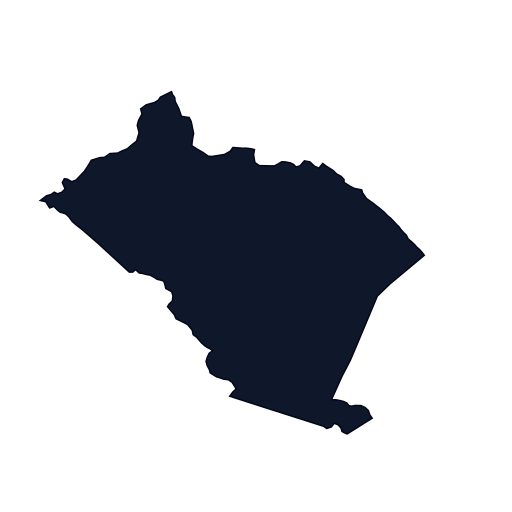 outline of São José de Piranhas, Paraíba, Brazil, rotated 43°
{"feature_id": "56859067B21073116856192", "entity_name": "São José de Piranhas", "entity_type": "district", "adm_level": 2, "iso_a3": "BRA", "parent_name": "Brazil", "parent_adm1": "Paraíba", "projection": "robinson", "projection_center": [-38.514, -7.094], "detail": "fine", "context": "isolated", "style": "filled", "palette": "ink", "viewbox_px": 512, "rotation_deg": 43, "n_neighbors": 0, "source": "geoboundaries", "source_scale": "gbopen_adm2", "svg_char_len": 2453}
<svg xmlns="http://www.w3.org/2000/svg" viewBox="0 0 512 512"><g transform="rotate(43 256 256)"><path d="M103.3,355.9L111.7,355.2L131.7,354.5L174.3,354.2L176.8,351.9L177.2,348.1L182.2,348.1L184.6,346.4L188.9,344.0L191.7,342.2L196.4,341.0L199.5,340.5L202.7,338.7L205.5,337.3L208.2,338.6L212.2,341.3L218.6,339.6L222.4,341.7L225.5,346.0L225.2,350.3L225.8,353.4L230.8,354.0L236.1,354.6L240.4,356.4L245.6,354.8L249.7,353.6L252.8,352.8L256.6,353.3L260.0,353.8L263.7,356.4L268.1,355.9L275.4,356.7L279.7,356.6L282.7,356.1L285.8,355.2L288.8,354.7L288.1,359.2L289.4,363.2L291.3,367.1L295.0,369.4L299.8,371.1L302.2,372.7L306.0,372.0L309.4,371.3L313.0,369.6L316.2,368.2L320.3,365.3L324.6,364.7L328.1,365.6L332.1,366.7L331.8,371.5L332.4,376.5L369.2,359.2L421.7,334.4L425.4,333.9L427.7,329.6L427.3,325.0L431.0,323.5L435.5,323.8L438.5,325.7L441.3,325.0L444.0,324.0L451.6,295.4L447.8,294.6L443.5,292.4L439.1,292.4L434.8,293.8L430.6,297.5L428.4,300.6L426.0,302.1L422.5,301.6L419.0,302.8L416.1,304.4L412.7,306.5L409.2,309.6L400.9,285.2L396.2,268.2L390.0,251.1L372.1,202.6L373.0,185.3L378.6,140.7L374.3,140.0L370.8,139.7L367.5,139.9L364.2,139.5L360.8,139.5L355.5,139.7L351.7,138.2L348.3,138.2L343.9,137.8L340.6,137.1L337.4,137.1L333.4,136.8L328.7,136.5L324.7,136.8L319.9,136.5L313.9,136.8L309.8,137.2L305.0,137.6L297.7,138.6L291.0,137.2L288.2,135.5L281.8,139.5L276.6,141.0L270.2,142.1L268.2,140.0L264.2,139.7L258.9,141.0L253.7,140.9L245.9,142.4L241.7,142.8L242.1,148.8L237.5,150.4L231.2,150.4L226.5,153.4L226.7,160.1L224.5,163.6L221.0,163.4L217.5,164.5L212.9,167.4L210.5,169.5L209.6,173.0L208.0,177.6L196.8,187.6L191.5,188.4L188.9,186.5L185.1,183.5L182.3,179.2L179.3,180.9L175.3,183.8L172.7,186.3L169.2,189.1L165.1,192.4L165.7,196.9L163.7,203.2L160.3,207.6L155.9,213.2L153.0,215.6L147.3,216.3L139.8,218.0L133.8,219.1L131.2,215.6L128.9,212.3L126.9,209.0L117.0,201.9L112.7,200.3L109.8,202.3L106.2,204.7L98.7,200.7L91.5,198.1L88.4,195.5L84.8,194.8L82.1,193.4L77.7,205.0L78.3,208.7L77.0,213.0L72.6,220.3L71.3,227.0L75.8,230.0L77.6,236.9L80.0,241.4L86.4,245.6L90.3,253.4L89.5,258.4L88.7,265.5L86.4,270.4L84.6,275.1L79.3,280.7L77.9,287.2L74.8,290.4L70.3,298.2L71.9,306.1L72.7,311.3L72.6,323.2L70.6,327.3L65.5,328.5L63.1,330.2L64.3,334.4L70.6,337.1L70.5,341.8L68.4,345.9L64.9,346.9L64.1,350.9L61.7,354.8L60.4,362.5L65.2,359.7L72.3,361.6L74.4,357.5L79.3,357.8L82.6,357.6L88.0,355.0L92.4,355.0L98.3,356.1L103.3,355.9Z" fill="#0f172a" stroke="#020617" stroke-width="1.5"/></g></svg>